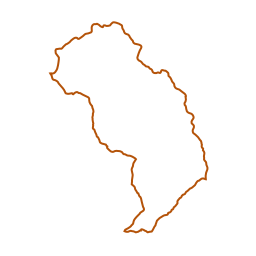 the district of Covarachia, Boyacá, Colombia, rotated 7°
{"feature_id": "7082276B26241752835550", "entity_name": "Covarachia", "entity_type": "district", "adm_level": 2, "iso_a3": "COL", "parent_name": "Colombia", "parent_adm1": "Boyacá", "projection": "robinson", "projection_center": [-72.733, 6.511], "detail": "fine", "context": "isolated", "style": "outline", "palette": "amber", "viewbox_px": 256, "rotation_deg": 7, "n_neighbors": 0, "source": "geoboundaries", "source_scale": "gbopen_adm2", "svg_char_len": 5820}
<svg xmlns="http://www.w3.org/2000/svg" viewBox="0 0 256 256"><g transform="rotate(7 128 128)"><path d="M130.3,49.5L131.2,47.3L131.4,46.6L131.4,46.0L131.3,45.4L131.0,45.0L130.6,44.6L129.0,44.0L127.6,43.8L124.4,43.5L123.2,42.8L122.6,42.0L122.1,40.8L120.6,39.6L118.8,37.6L117.9,36.2L116.8,35.3L114.2,34.7L113.4,34.3L112.9,33.7L112.3,32.8L112.1,32.2L111.4,31.1L110.5,30.1L110.1,29.2L109.6,27.3L109.3,26.9L108.9,26.6L108.0,26.3L106.5,25.6L104.3,25.1L103.2,24.9L101.7,24.8L100.5,24.9L100.0,25.2L99.3,25.9L98.3,27.2L98.0,27.9L97.6,28.4L96.0,29.0L94.5,29.3L93.9,29.3L93.0,29.0L91.7,29.0L91.2,29.4L90.9,30.6L90.7,30.9L90.3,31.0L89.4,30.8L88.2,30.3L86.7,29.2L84.8,28.4L84.4,28.4L83.9,28.7L83.1,28.9L82.0,29.0L81.2,29.3L80.8,29.7L80.3,30.3L79.8,31.5L79.7,32.8L80.2,35.9L80.2,36.6L80.0,37.1L79.6,37.6L77.1,38.9L74.6,39.7L74.0,40.1L73.4,40.7L72.2,42.1L70.3,43.9L68.4,45.5L67.6,45.6L66.9,45.2L66.4,44.8L65.6,44.7L64.9,44.8L64.1,45.1L63.0,45.9L61.8,47.1L61.0,47.9L59.6,49.9L58.2,51.2L57.2,52.0L56.2,52.5L54.1,55.0L52.8,57.0L52.0,57.5L50.8,57.5L47.2,58.5L46.9,59.0L46.6,59.8L47.1,62.4L47.6,63.1L50.3,65.9L50.8,66.5L51.0,68.5L51.0,71.3L50.9,74.3L50.5,77.7L50.0,79.3L48.8,81.6L47.9,82.5L46.9,83.0L46.2,83.2L45.2,83.1L44.2,83.3L45.0,84.4L45.8,85.1L46.0,85.9L46.5,87.0L46.6,87.4L47.2,88.5L48.1,89.2L49.5,89.3L51.0,89.8L52.0,90.3L53.0,91.1L53.6,92.1L57.7,95.8L58.1,96.1L59.9,98.0L61.9,101.1L63.5,101.4L65.0,101.3L68.1,100.3L68.4,100.4L69.0,101.1L69.4,101.1L69.7,101.1L70.1,100.4L70.9,99.6L72.3,98.7L73.1,98.6L73.5,98.6L74.6,99.2L75.0,99.3L76.0,99.2L76.7,99.4L79.0,100.4L84.6,102.3L85.2,102.7L85.6,103.1L85.9,103.7L86.2,105.5L86.7,107.1L87.8,108.8L89.1,110.1L89.6,110.5L90.4,112.7L90.6,113.1L91.0,113.6L91.4,114.7L91.7,116.0L91.7,116.5L91.4,118.0L91.6,119.6L91.4,121.3L91.4,122.0L91.8,123.3L91.8,124.0L92.6,126.7L93.0,127.5L92.9,128.7L92.9,129.1L93.1,129.5L93.1,132.3L93.4,132.8L93.6,133.1L94.3,133.4L94.8,133.8L96.0,136.2L97.4,138.4L98.0,140.0L98.3,140.4L99.4,140.9L101.0,143.4L101.8,145.3L102.2,145.8L102.9,146.2L104.4,146.7L105.6,146.8L108.1,147.2L108.9,148.4L109.3,148.7L109.7,148.7L109.8,148.9L109.8,149.1L109.6,149.7L109.7,150.2L110.1,150.7L112.5,152.5L114.0,153.4L114.6,153.5L115.5,153.6L116.1,153.5L117.2,152.9L117.8,152.5L119.2,152.1L122.1,152.0L122.8,152.0L124.6,152.5L125.2,152.9L126.2,154.0L126.7,154.3L127.1,154.5L127.7,154.4L128.4,154.5L129.8,155.0L130.4,155.3L131.5,155.4L133.2,155.3L134.3,155.5L136.0,156.0L138.7,157.2L139.7,158.0L137.8,162.1L137.6,163.0L137.5,165.4L136.8,167.6L136.7,168.4L136.7,168.9L137.0,170.0L138.3,173.7L138.4,174.3L138.4,176.0L138.3,179.3L138.5,180.6L138.6,183.5L140.2,184.5L141.4,185.4L141.9,186.0L142.2,186.7L142.4,187.4L142.8,188.2L143.4,188.9L144.0,189.6L145.0,191.0L145.3,191.4L145.7,191.6L146.2,191.6L147.2,193.6L147.8,194.5L148.2,194.8L148.6,194.9L148.7,195.0L149.5,196.3L150.7,199.7L152.5,204.3L153.0,205.1L153.5,205.8L153.8,207.1L153.3,208.2L150.5,210.6L150.1,211.6L147.4,215.1L146.0,217.2L145.3,218.6L145.0,219.8L144.7,222.4L143.7,223.8L143.2,224.3L142.8,225.2L141.8,226.2L140.4,227.4L137.7,229.3L137.4,229.9L137.1,230.8L138.1,231.1L139.4,231.2L140.2,231.1L140.7,231.0L141.7,230.4L142.7,229.9L143.4,229.7L144.5,229.9L145.8,229.9L146.9,230.1L148.5,230.6L150.8,229.7L152.7,228.1L153.3,228.2L153.6,227.0L153.9,226.9L154.5,226.9L156.1,227.3L157.0,227.8L157.9,228.0L158.6,228.2L159.9,229.0L160.2,229.1L160.6,229.0L162.0,228.4L164.1,227.9L164.7,226.9L165.3,225.4L166.3,222.7L167.1,221.4L167.2,220.8L167.2,220.2L167.4,219.6L168.0,216.6L168.3,216.1L169.9,214.1L170.4,213.5L173.9,210.7L174.8,210.2L177.1,209.5L177.5,209.3L177.8,209.1L178.1,208.4L178.1,207.8L178.4,207.3L178.9,207.0L179.5,206.9L180.5,206.0L180.9,205.4L181.2,204.8L181.3,204.0L181.7,203.6L182.5,203.2L182.8,202.6L183.1,201.2L184.0,200.3L184.4,199.9L186.2,197.0L186.3,196.4L186.1,195.8L186.0,195.1L186.1,194.3L186.3,193.9L186.6,193.5L186.8,193.0L187.5,192.1L187.9,191.3L188.8,190.8L189.2,190.3L189.6,189.4L189.6,189.0L189.8,188.5L190.4,188.1L190.6,187.6L192.4,186.7L192.9,185.7L193.2,184.9L193.6,184.2L194.7,183.3L196.9,180.6L198.0,180.0L198.9,179.3L201.4,176.6L201.5,176.4L202.5,173.9L203.5,172.3L204.1,171.9L204.9,171.6L206.9,169.6L207.5,169.2L208.3,169.0L208.8,168.9L210.0,169.1L211.1,169.4L211.5,169.4L211.1,167.4L210.9,165.8L211.0,162.9L211.3,161.6L211.8,159.6L211.8,158.6L211.6,157.4L210.3,155.0L209.8,152.9L209.5,152.3L208.8,151.6L208.2,151.1L207.5,150.3L207.3,149.9L207.2,148.3L206.8,146.7L206.9,144.3L206.8,143.3L206.2,142.1L205.1,141.0L205.1,139.4L204.8,139.0L204.0,138.6L203.7,138.2L203.3,137.0L203.4,135.9L203.3,135.3L202.9,134.7L202.8,133.9L202.2,132.4L201.8,131.8L200.9,131.1L198.7,128.6L195.6,126.3L193.8,125.3L193.3,124.9L193.0,124.4L192.7,123.6L192.5,122.3L192.6,121.7L193.2,119.9L193.3,119.2L193.3,118.9L193.1,117.8L192.4,116.9L190.7,115.7L190.5,115.1L190.4,114.5L190.3,114.0L190.6,112.7L191.4,111.2L191.8,110.2L191.8,109.2L191.2,108.0L190.8,107.4L189.8,106.5L189.0,106.1L186.6,105.6L185.7,105.2L184.9,104.7L184.3,104.0L184.1,103.4L183.5,102.1L183.0,100.2L182.5,99.1L181.5,98.2L181.4,97.9L181.1,96.8L181.2,96.4L181.2,96.0L181.7,95.1L181.9,94.3L182.0,92.6L181.3,89.9L181.6,89.7L181.5,88.9L180.9,87.9L180.1,87.1L176.8,85.2L174.4,83.7L173.7,83.5L171.8,83.1L170.9,82.8L170.2,82.3L169.6,81.7L169.0,80.8L168.4,78.7L168.0,78.2L166.3,76.7L165.7,75.8L165.2,74.8L164.2,73.3L163.6,72.6L161.9,71.4L161.7,70.6L161.5,69.3L161.1,68.4L160.3,67.8L159.1,67.0L158.3,66.6L156.9,66.6L155.3,66.3L154.9,66.4L154.5,66.5L154.2,66.8L153.9,67.7L153.7,68.8L153.3,69.3L153.0,69.5L151.1,69.2L150.5,69.4L149.5,70.0L148.3,70.2L147.3,70.2L146.3,69.8L145.6,69.2L144.9,67.7L144.4,67.2L143.4,66.6L142.7,66.5L142.0,66.0L141.1,65.0L140.7,64.8L138.2,64.6L136.7,63.4L135.4,62.9L134.9,62.5L133.2,60.8L132.3,60.3L130.7,59.7L130.2,59.4L129.2,58.4L129.0,58.0L128.7,57.0L128.8,56.2L129.5,52.5L130.3,49.5Z" fill="none" stroke="#b45309" stroke-width="2"/></g></svg>